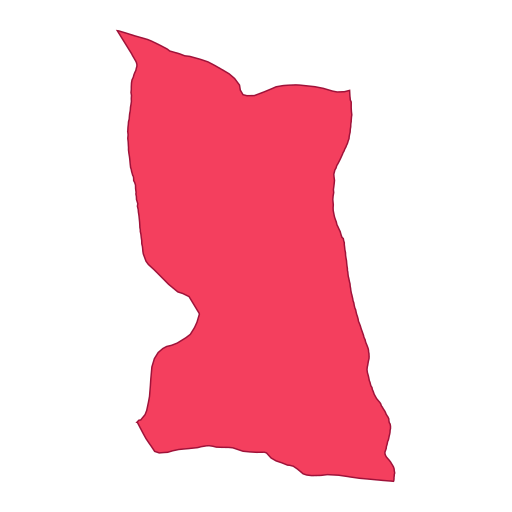 the district of Diourbel, Diourbel, Senegal
{"feature_id": "50182788B22549322426328", "entity_name": "Diourbel", "entity_type": "district", "adm_level": 2, "iso_a3": "SEN", "parent_name": "Senegal", "parent_adm1": "Diourbel", "projection": "natural_earth1", "projection_center": [-16.194, 14.782], "detail": "fine", "context": "isolated", "style": "filled", "palette": "rose", "viewbox_px": 512, "rotation_deg": 0, "n_neighbors": 0, "source": "geoboundaries", "source_scale": "gbopen_adm2", "svg_char_len": 4835}
<svg xmlns="http://www.w3.org/2000/svg" viewBox="0 0 512 512"><path d="M136.9,422.3L137.4,422.4L140.4,428.2L143.3,433.7L146.0,438.6L149.1,443.2L150.9,445.7L154.7,451.4L159.2,452.9L164.2,452.5L167.6,452.3L172.6,450.8L178.7,449.5L183.7,449.0L189.5,448.5L189.9,448.4L190.1,448.4L197.7,447.6L201.1,446.7L206.6,445.8L209.2,445.7L212.7,446.2L216.3,447.1L221.4,447.3L228.7,447.4L232.8,447.8L242.9,451.2L243.7,451.3L249.9,451.9L256.5,452.3L264.4,452.2L266.5,452.9L271.1,458.0L276.1,460.9L281.8,462.8L287.5,465.1L289.8,465.3L293.3,466.2L297.4,469.0L303.1,473.8L306.4,474.9L306.8,475.0L311.6,475.6L320.9,475.4L327.3,474.6L338.6,475.2L348.2,476.6L349.8,476.9L359.7,478.3L367.8,479.0L376.2,479.8L379.7,480.1L382.4,480.4L390.2,481.0L393.5,481.3L393.8,480.5L394.0,478.9L394.0,477.3L394.2,476.0L394.3,474.3L394.7,473.0L394.3,470.9L394.1,468.9L393.5,467.0L392.5,465.2L391.3,463.3L390.7,462.2L389.1,460.1L387.6,458.4L386.3,456.9L385.6,455.6L385.0,454.0L384.9,452.1L385.6,450.2L386.2,448.5L386.4,446.5L387.1,444.3L387.6,441.6L388.4,439.8L388.8,438.0L389.2,436.0L389.7,434.0L390.0,432.2L390.1,430.3L390.5,428.5L390.5,427.0L390.5,426.2L390.1,424.0L389.3,422.7L388.9,420.7L388.8,418.9L388.0,417.1L387.0,415.6L386.1,414.1L385.4,412.3L384.6,410.8L383.0,408.4L382.4,407.2L381.4,405.9L380.6,403.6L379.6,402.2L378.3,400.7L376.5,398.5L375.3,396.3L374.2,394.3L373.2,391.4L372.3,389.4L372.0,387.6L370.8,385.6L370.0,382.4L369.3,380.6L368.7,377.5L368.3,375.7L367.4,372.6L367.0,369.6L367.2,367.8L367.3,366.9L367.7,365.2L367.9,363.9L368.4,361.1L369.0,358.6L369.1,356.6L369.0,355.0L369.0,353.8L368.6,351.9L368.5,350.2L368.1,348.4L367.3,346.2L366.9,345.2L366.5,344.2L365.9,342.8L365.4,341.2L365.2,340.0L363.9,337.2L363.5,335.3L362.9,333.6L362.1,331.3L361.5,329.7L360.9,327.9L360.3,325.8L359.5,323.8L359.4,323.4L358.5,321.4L358.1,319.0L357.3,316.1L356.7,314.5L356.2,312.5L355.6,309.6L354.9,308.2L354.2,305.3L353.8,302.8L353.0,300.6L352.7,298.6L352.2,296.5L351.9,295.1L351.7,294.4L351.5,293.8L351.2,292.4L350.8,290.3L350.6,288.3L350.2,286.3L350.0,283.8L349.5,281.9L348.7,278.0L348.3,276.5L348.0,274.3L347.8,272.0L347.4,270.3L347.4,268.6L347.0,266.1L346.7,263.4L346.5,260.8L346.0,258.1L345.6,255.4L345.5,252.7L344.9,249.9L344.6,247.0L344.3,244.6L344.3,242.7L343.7,240.9L343.3,238.6L342.0,237.3L341.9,237.3L341.8,236.8L341.3,235.5L340.8,233.9L340.2,231.6L339.3,229.8L338.0,226.9L336.9,224.7L336.3,222.0L335.4,219.6L334.6,217.3L334.1,215.2L333.6,212.5L333.2,210.5L333.1,207.7L333.3,204.8L333.1,202.8L332.8,199.6L333.1,196.0L333.7,192.6L333.4,189.6L333.8,186.7L334.2,183.4L334.5,180.4L334.0,176.8L333.8,174.2L334.4,171.9L334.9,169.9L336.0,168.1L336.7,165.7L338.0,163.5L339.3,161.0L340.4,158.8L341.4,156.6L342.5,154.2L343.0,152.8L344.0,151.1L344.8,149.0L346.0,146.8L346.5,145.3L347.0,144.4L347.5,143.2L348.2,140.8L349.0,138.7L349.2,136.5L349.6,134.3L350.1,132.2L350.3,129.2L350.7,126.9L350.8,123.9L351.2,121.5L351.2,120.7L351.3,119.3L351.5,116.8L351.8,114.9L351.4,111.3L351.2,107.8L351.2,104.5L351.2,102.0L350.3,100.0L350.1,97.9L349.9,96.2L349.6,90.4L344.5,91.7L337.2,92.0L332.6,91.1L325.1,88.9L323.5,88.4L314.9,86.7L299.8,85.1L295.9,84.9L288.5,85.2L284.1,85.5L283.0,85.6L276.1,86.8L271.8,88.7L264.1,91.9L254.3,95.6L246.9,95.7L243.0,94.7L240.3,90.1L239.5,85.1L234.6,78.5L229.1,73.8L224.4,71.0L215.2,65.7L208.0,61.9L201.5,59.7L199.2,59.0L189.8,56.4L184.7,55.8L179.8,53.9L169.7,51.0L167.3,49.1L160.5,45.5L151.5,41.1L147.6,39.5L134.6,35.8L126.4,33.2L118.8,30.9L117.3,30.7L131.7,53.9L132.6,55.7L133.7,57.5L134.7,59.3L135.6,60.8L136.4,62.5L136.9,64.4L136.9,66.3L136.3,68.3L135.9,70.3L134.7,72.8L133.9,74.9L133.3,77.2L132.0,80.0L131.5,82.9L131.3,86.8L131.3,89.5L131.0,92.6L131.5,95.4L131.3,98.4L131.4,101.5L131.0,104.4L130.5,107.2L130.3,110.2L129.9,112.6L129.8,112.8L129.6,114.2L129.4,116.3L129.2,119.0L128.5,121.8L128.3,124.7L128.0,127.2L127.8,131.1L127.7,131.7L127.8,131.9L128.1,134.8L127.8,138.4L128.2,142.0L128.4,146.0L128.5,147.1L128.5,150.0L128.9,153.2L129.4,156.3L129.7,158.6L129.9,160.6L130.2,163.9L130.6,167.5L131.2,169.2L131.6,171.4L132.7,175.3L133.2,176.1L133.6,177.7L133.7,180.7L134.6,182.3L135.5,185.0L135.6,188.7L136.1,192.4L135.9,194.0L136.4,196.6L136.5,199.5L137.8,203.7L137.4,206.2L138.2,209.5L138.4,212.1L138.7,213.9L138.8,214.5L139.0,216.0L139.3,219.0L139.6,222.0L139.8,225.1L139.9,227.5L140.3,229.8L140.3,231.5L140.9,234.2L141.3,237.8L141.7,240.4L141.8,243.8L142.4,246.3L142.6,248.0L142.9,251.4L143.3,253.9L146.0,261.2L148.4,264.5L153.9,269.5L160.4,276.0L168.6,284.3L177.8,291.9L182.8,293.5L189.1,296.6L189.3,297.0L189.6,297.5L199.1,313.2L199.4,314.1L197.0,322.2L195.1,326.4L194.3,328.0L190.3,334.4L185.8,337.8L177.2,343.1L171.6,345.3L166.6,346.5L162.9,348.5L158.2,352.5L154.4,358.6L151.9,366.9L150.8,379.2L150.4,385.6L149.5,396.6L148.4,402.5L146.7,410.5L145.1,414.6L140.7,420.0L138.9,420.2L136.9,422.3Z" fill="#f43f5e" stroke="#9f1239" stroke-width="1.5"/></svg>